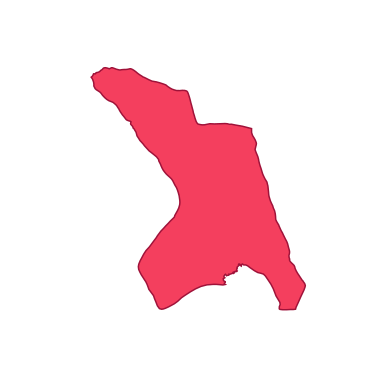 Kanhchriech, Prey Vêng, Cambodia (Natural Earth projection), rotated 66°
{"feature_id": "14789045B7646940366874", "entity_name": "Kanhchriech", "entity_type": "district", "adm_level": 2, "iso_a3": "KHM", "parent_name": "Cambodia", "parent_adm1": "Prey Vêng", "projection": "natural_earth1", "projection_center": [105.547, 11.678], "detail": "fine", "context": "isolated", "style": "filled", "palette": "rose", "viewbox_px": 384, "rotation_deg": 66, "n_neighbors": 0, "source": "geoboundaries", "source_scale": "gbopen_adm2", "svg_char_len": 5142}
<svg xmlns="http://www.w3.org/2000/svg" viewBox="0 0 384 384"><g transform="rotate(66 192 192)"><path d="M341.2,145.1L339.7,143.9L337.4,141.3L335.0,138.6L332.0,135.3L329.0,131.8L327.0,129.5L324.8,127.4L323.5,126.5L321.4,126.3L319.6,126.7L318.1,126.9L317.6,127.2L313.4,127.9L311.5,128.2L309.3,128.6L306.3,128.9L303.5,128.9L302.5,128.6L300.6,128.6L298.7,129.3L297.3,129.9L295.3,130.6L293.6,130.6L293.2,130.1L291.2,129.9L289.3,129.2L288.2,128.3L287.4,127.7L285.8,127.0L284.2,126.7L282.1,126.4L279.8,126.0L278.1,125.7L275.6,125.6L273.2,125.8L270.4,125.9L268.2,126.0L267.1,126.0L266.2,126.0L263.5,126.3L260.5,126.3L258.5,126.3L257.4,126.2L255.9,126.4L253.3,126.7L251.2,126.7L249.6,126.1L248.3,125.6L245.8,124.8L242.8,124.2L239.7,124.2L237.4,123.9L234.8,124.0L232.1,124.0L230.4,123.8L227.2,123.4L225.4,122.9L222.9,122.0L219.5,120.9L217.3,120.2L216.0,120.0L213.4,119.5L209.7,120.0L207.1,120.1L204.3,120.1L201.8,119.8L198.7,119.4L195.3,119.1L193.3,118.8L191.6,118.5L191.0,118.4L189.1,117.9L186.6,117.5L184.1,117.4L182.6,117.4L180.7,117.3L179.7,117.2L178.6,117.0L177.7,116.2L176.6,115.4L175.0,114.1L173.8,113.4L172.6,113.2L170.2,113.1L167.9,113.3L165.0,113.7L162.0,113.4L160.1,112.6L158.3,111.8L154.0,117.2L152.5,119.1L151.0,121.3L148.4,125.2L146.7,127.6L146.0,128.6L145.5,130.1L144.0,132.0L142.9,134.0L142.1,136.0L141.1,138.5L140.2,140.7L139.0,143.7L137.8,146.1L136.9,147.9L136.3,150.5L135.7,153.2L134.8,155.4L133.9,156.8L132.5,158.8L130.8,159.4L129.1,159.5L125.6,159.2L123.1,158.8L120.2,158.5L118.0,158.0L115.4,157.6L112.4,157.1L110.2,156.8L107.6,156.3L105.7,156.0L104.2,155.8L102.4,155.6L100.4,155.4L98.7,155.4L97.6,155.8L96.3,157.3L95.2,159.5L94.4,161.9L93.8,163.2L93.0,164.9L91.6,166.6L89.8,168.5L87.9,169.9L86.8,170.6L85.7,171.3L83.6,172.3L81.7,174.2L79.0,177.2L76.9,179.8L74.4,183.5L71.7,185.9L69.1,188.0L67.7,189.2L66.8,190.1L65.7,190.7L64.4,191.6L62.5,192.8L61.2,193.5L59.3,194.4L57.7,195.3L56.0,196.4L54.8,197.5L54.4,198.0L54.1,198.9L53.8,200.5L53.5,201.6L53.0,203.0L52.4,204.4L52.0,205.5L51.6,206.7L51.3,208.1L50.8,208.9L49.8,210.2L49.1,211.1L48.2,212.0L47.0,213.2L46.1,214.2L45.7,215.1L45.8,216.3L45.8,217.4L44.5,218.8L43.3,220.4L42.8,221.9L42.9,222.8L43.5,224.0L43.8,225.3L43.8,226.1L44.2,226.7L44.5,227.9L44.4,229.5L44.1,230.5L44.0,231.1L44.7,232.0L44.4,233.0L44.0,233.9L44.6,234.5L45.5,235.6L45.9,236.5L46.1,237.4L47.1,237.2L48.0,237.0L48.8,237.0L50.0,237.1L51.5,237.2L52.9,237.6L53.6,237.8L54.3,238.1L54.9,238.4L55.8,238.6L56.5,238.5L57.3,238.4L58.1,238.5L58.7,238.2L59.7,237.8L60.7,237.1L62.1,236.2L63.2,235.5L64.8,234.9L67.2,234.4L69.0,233.8L70.6,233.2L72.7,232.2L74.8,230.8L76.5,229.1L78.1,227.6L79.8,226.8L81.2,226.1L82.9,225.6L84.6,225.4L86.1,225.1L88.2,225.0L89.8,224.8L91.5,224.5L93.2,224.2L95.2,223.6L96.9,223.2L99.0,222.7L100.0,222.1L101.1,221.0L102.0,219.9L103.0,219.2L103.6,219.6L104.4,220.2L105.4,220.4L106.5,220.0L107.9,219.6L108.9,219.6L109.5,219.8L110.4,219.4L111.0,219.2L112.4,219.1L114.7,218.8L118.4,219.4L120.8,219.0L123.8,218.6L125.8,217.9L128.3,217.1L130.5,216.6L132.6,215.9L134.7,215.2L136.9,214.5L139.3,213.2L141.8,211.9L145.2,210.2L145.7,210.0L146.2,209.9L147.1,209.7L147.9,209.5L148.6,209.3L150.2,209.7L151.9,209.6L153.6,209.5L155.8,209.6L157.9,209.6L160.4,209.4L162.6,208.9L165.1,208.2L167.0,207.4L169.7,206.2L171.8,205.4L173.9,205.0L176.4,204.9L178.6,204.8L181.8,204.4L184.4,204.5L187.2,204.8L190.3,205.3L192.7,206.0L195.1,206.7L197.0,207.5L198.7,208.5L201.2,210.6L203.1,212.8L206.1,216.8L206.5,217.3L207.8,218.4L208.7,220.8L209.8,223.8L211.0,226.5L212.3,229.8L213.7,232.9L215.1,236.4L216.3,238.5L217.8,241.2L219.3,243.4L220.9,246.3L222.7,249.5L224.8,253.2L226.8,257.8L228.4,260.3L229.2,261.5L231.8,264.8L233.8,267.4L236.3,270.0L238.4,271.4L241.1,272.2L243.7,272.2L247.0,272.0L249.5,271.6L252.9,271.1L255.1,270.7L258.3,270.6L261.2,270.8L263.4,271.0L266.1,270.4L268.3,269.9L270.6,269.4L271.2,269.3L272.0,269.4L274.1,269.6L277.9,269.7L281.9,269.9L285.3,269.2L286.7,267.5L287.2,265.8L287.4,263.7L287.4,260.5L287.2,257.3L286.9,253.6L286.0,249.4L284.3,244.5L283.5,240.2L282.5,233.8L281.9,228.0L281.9,224.7L281.9,222.2L282.9,216.1L284.1,212.8L285.0,210.2L286.2,207.5L288.0,204.2L289.5,201.5L290.0,199.2L289.0,199.8L288.4,199.4L288.1,198.4L287.4,198.1L286.6,198.8L285.7,199.2L285.1,199.0L284.4,198.9L283.9,198.7L283.7,196.9L282.7,197.3L282.0,197.2L280.9,195.6L280.8,194.9L282.5,194.5L282.4,193.8L282.7,193.3L282.9,192.2L282.1,191.7L282.5,191.3L282.7,189.3L282.8,188.5L282.5,187.8L283.3,187.2L283.1,186.5L282.5,187.1L282.1,187.0L282.1,186.0L282.5,185.7L282.1,185.0L282.3,184.5L282.7,183.9L282.8,183.3L282.5,182.8L281.6,183.2L280.8,182.5L280.2,181.8L279.7,182.0L279.3,181.3L278.6,180.8L278.5,179.8L278.0,178.7L277.3,179.0L276.8,178.3L277.4,177.7L278.2,177.9L278.4,177.1L279.1,177.5L279.7,177.1L278.8,176.5L278.2,175.4L278.7,174.9L279.5,174.6L280.1,173.5L280.4,172.7L281.9,171.3L284.8,169.7L289.4,166.9L292.3,164.7L294.2,162.2L296.1,160.1L298.6,159.1L303.0,158.3L308.3,157.4L313.4,157.1L317.4,157.3L321.1,157.5L325.2,157.0L328.5,156.6L330.6,157.2L332.3,158.9L334.2,159.8L334.9,159.5L335.4,158.8L336.5,156.9L338.0,153.5L339.4,149.8L340.5,147.4L341.2,145.1Z" fill="#f43f5e" stroke="#9f1239" stroke-width="1.5"/></g></svg>